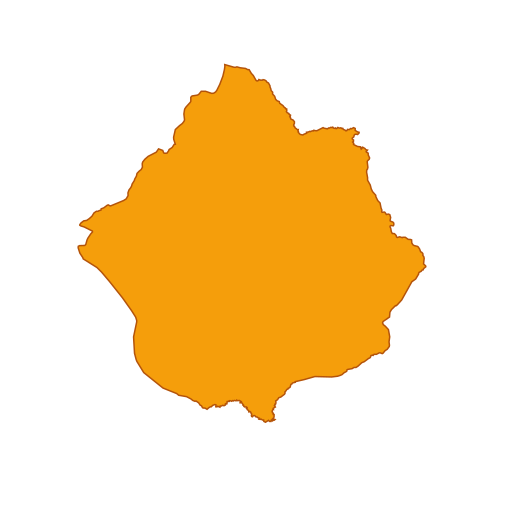 outline of Phnum Sruoch, Kâmpóng Spœ, Cambodia, rotated 36°
{"feature_id": "14789045B53817088331996", "entity_name": "Phnum Sruoch", "entity_type": "district", "adm_level": 2, "iso_a3": "KHM", "parent_name": "Cambodia", "parent_adm1": "Kâmpóng Spœ", "projection": "albers", "projection_center": [104.255, 11.311], "detail": "fine", "context": "isolated", "style": "filled", "palette": "amber", "viewbox_px": 512, "rotation_deg": 36, "n_neighbors": 0, "source": "geoboundaries", "source_scale": "gbopen_adm2", "svg_char_len": 6147}
<svg xmlns="http://www.w3.org/2000/svg" viewBox="0 0 512 512"><g transform="rotate(36 256 256)"><path d="M416.4,249.7L414.1,247.3L411.7,242.8L406.4,237.7L401.9,236.8L399.3,236.7L397.7,235.7L397.3,234.3L399.9,226.9L397.4,222.8L397.1,219.7L398.0,214.2L398.5,214.1L399.0,212.5L399.7,205.9L397.2,185.2L398.7,180.8L398.2,175.1L397.7,174.4L397.6,173.3L398.6,171.4L398.7,169.6L399.4,168.9L399.0,167.7L399.7,164.9L399.1,164.3L396.2,163.9L393.4,159.0L392.1,157.9L390.5,157.4L390.1,156.5L389.4,155.9L387.9,155.6L386.7,155.8L384.1,154.1L381.8,153.3L381.0,153.3L377.8,154.6L376.5,154.7L374.4,153.9L372.4,151.5L371.3,151.8L369.3,153.1L365.8,153.1L363.8,154.5L363.5,155.2L361.0,156.0L359.4,158.0L358.5,158.0L357.4,157.1L356.1,156.7L354.7,156.6L353.0,157.7L351.1,156.7L348.7,154.4L347.2,153.6L346.9,152.9L347.3,152.0L349.3,150.9L349.2,149.8L348.1,148.4L346.8,148.1L344.2,148.8L343.5,148.3L342.3,145.7L339.9,143.9L338.4,144.3L337.1,145.8L334.7,144.9L334.0,145.0L332.3,146.6L331.4,146.0L330.9,144.9L329.0,143.7L325.2,140.2L321.9,139.6L318.0,137.5L317.2,136.5L312.4,135.4L309.7,133.9L306.7,131.4L301.7,129.1L300.2,127.0L296.2,123.2L295.0,121.2L295.1,120.2L294.4,118.5L290.5,114.3L290.3,113.4L290.7,111.2L290.3,109.9L287.4,108.3L286.4,107.0L286.0,106.8L284.4,107.1L283.8,106.8L283.9,104.8L282.5,105.4L280.9,105.0L278.2,105.3L277.9,105.7L278.5,106.7L278.3,107.7L276.2,106.3L273.8,107.7L269.8,108.4L269.2,108.3L268.9,107.4L267.2,107.0L267.5,106.0L266.7,104.8L265.5,104.9L264.8,104.5L264.6,103.9L265.1,102.2L264.4,100.5L264.5,99.6L265.4,98.6L266.8,98.0L267.1,96.0L266.7,95.3L265.2,95.9L262.4,96.1L261.3,94.5L259.5,94.8L258.5,96.9L257.6,97.2L257.1,99.0L255.6,99.8L255.8,101.1L255.2,101.9L254.2,101.8L252.1,102.3L251.3,101.7L250.5,102.1L250.3,102.5L249.3,102.4L248.3,103.5L246.6,103.9L246.4,105.3L245.9,105.9L245.0,105.7L244.6,106.5L243.4,107.0L242.7,106.6L242.1,106.8L241.9,107.5L240.9,107.9L240.0,109.6L239.4,109.8L239.1,111.1L235.9,112.6L234.8,112.7L231.6,118.9L229.9,120.0L228.9,120.2L228.8,121.2L228.0,121.6L226.8,123.5L226.3,123.5L225.4,125.0L224.1,126.2L224.8,126.9L223.2,129.3L222.8,130.5L220.7,131.5L219.5,131.6L217.2,130.9L217.1,130.3L216.4,130.1L215.9,129.0L215.6,129.4L212.1,129.3L211.6,128.8L210.5,128.7L209.9,128.4L209.8,127.8L209.2,127.4L209.2,126.3L208.2,124.8L206.2,124.2L203.5,124.7L202.6,123.8L201.6,123.5L201.8,123.1L201.0,122.4L201.1,121.8L199.1,121.8L198.8,121.4L196.9,121.7L195.7,121.3L195.6,120.5L194.4,119.0L193.4,119.5L192.8,119.0L191.5,119.1L189.5,118.5L185.4,118.5L184.0,117.4L182.0,118.0L179.8,117.7L177.2,115.8L174.2,115.2L173.2,113.7L171.1,113.3L169.4,111.8L168.1,111.1L167.3,110.1L164.4,108.7L162.5,108.9L161.3,108.4L159.6,108.5L158.0,109.2L157.9,109.9L157.2,110.5L156.5,110.7L156.1,111.3L154.6,111.5L154.7,112.8L154.0,113.8L152.8,113.9L147.8,111.6L144.9,111.0L140.9,109.3L139.7,110.1L137.3,110.4L132.6,113.0L129.4,114.2L128.4,115.5L127.3,116.2L118.2,119.5L119.3,120.8L120.9,123.8L123.5,130.0L125.8,138.4L126.9,144.9L126.9,147.0L126.0,149.3L124.5,150.5L118.4,152.4L114.9,154.9L114.7,158.7L114.1,160.2L110.4,163.9L110.0,164.7L110.0,166.0L112.3,169.1L112.5,170.2L111.8,176.5L111.9,178.8L112.4,180.1L114.2,183.5L118.2,187.9L118.6,189.4L118.5,192.2L117.5,195.5L116.4,201.1L119.5,208.3L120.8,209.9L125.0,213.0L124.2,213.8L124.4,217.5L123.1,220.9L123.5,222.5L123.5,225.2L121.5,226.7L120.6,226.8L118.5,225.4L114.2,226.6L114.3,230.6L110.2,238.7L109.2,243.1L109.1,246.6L109.7,248.2L111.9,250.9L112.3,253.5L111.6,256.0L111.2,259.1L112.3,261.7L112.7,265.2L113.2,266.3L113.5,270.6L114.2,272.4L114.5,274.5L114.4,277.2L115.3,280.2L117.0,282.3L117.4,286.1L116.3,288.9L109.2,300.5L108.6,301.2L106.4,301.5L105.8,302.4L104.5,306.6L103.0,308.8L103.6,310.1L102.4,311.5L102.0,312.6L100.6,313.6L99.6,316.4L99.9,320.2L99.1,323.9L98.1,326.7L96.0,328.8L95.0,332.0L95.0,334.1L95.4,334.7L96.7,334.6L99.9,333.5L109.0,332.0L109.6,332.7L109.3,335.2L109.5,340.4L109.9,342.4L111.5,346.7L111.3,348.1L107.2,351.3L106.5,352.6L107.3,353.9L111.8,357.2L116.8,359.1L117.9,359.9L134.1,358.8L140.5,359.8L152.3,362.7L172.5,368.3L187.6,373.4L194.6,376.2L197.4,378.3L198.2,379.4L204.5,393.4L214.9,406.1L219.9,410.2L221.6,411.3L233.7,416.3L258.4,417.5L272.7,413.9L275.3,414.1L282.5,410.6L287.2,409.9L289.8,410.0L292.1,409.4L292.7,408.6L295.9,408.5L298.6,409.5L299.9,409.2L301.7,410.1L302.5,410.1L304.2,409.0L306.5,408.8L307.1,406.2L307.8,404.7L308.4,404.4L308.8,402.2L310.1,400.3L311.2,400.0L312.1,401.6L313.1,401.0L313.3,400.1L315.7,399.5L315.2,398.4L316.1,397.8L316.9,396.3L318.1,396.0L318.8,394.6L318.8,394.0L318.2,393.8L318.3,393.2L319.3,392.6L318.2,390.7L319.8,389.4L319.4,388.9L319.9,388.3L321.6,387.9L322.1,386.7L322.8,386.7L323.3,385.6L324.9,384.9L325.4,384.3L325.2,383.9L326.3,383.8L327.3,382.7L329.4,382.5L329.0,383.5L329.4,384.1L330.8,383.1L332.8,383.8L333.1,384.3L333.6,384.0L334.6,384.8L335.8,384.7L336.8,383.8L337.8,383.8L337.8,384.8L338.6,384.7L339.1,385.4L340.7,385.4L342.0,386.3L342.4,385.4L343.4,385.4L344.6,386.2L345.5,386.4L345.9,387.6L346.8,388.4L347.7,388.1L347.6,387.1L348.3,386.1L349.2,385.9L350.5,386.2L351.6,385.6L352.8,385.7L354.0,385.3L354.2,386.3L355.5,385.7L355.8,385.0L357.7,384.9L358.6,384.2L359.6,385.2L361.4,384.9L362.7,381.6L364.2,381.9L365.4,381.0L364.8,379.8L365.3,379.1L366.3,379.6L366.6,378.6L367.3,378.1L367.5,377.1L365.2,377.9L365.4,376.4L365.2,375.6L363.8,373.6L363.1,374.0L362.4,373.1L361.4,373.1L361.3,372.7L360.3,372.2L359.8,370.1L360.3,369.9L359.5,369.1L360.4,366.8L359.0,366.4L359.2,365.9L358.4,364.9L358.8,364.6L358.9,364.0L358.0,362.5L357.1,361.7L357.9,359.6L357.7,357.3L359.0,355.5L360.3,351.1L360.2,350.1L359.3,349.0L359.5,348.5L359.4,345.8L360.1,344.7L359.8,344.1L360.4,343.2L360.7,342.0L359.7,339.4L360.3,338.3L360.1,337.7L360.3,337.1L362.0,335.1L361.6,334.6L367.6,327.7L374.5,318.9L388.3,309.4L392.7,305.3L394.3,303.1L395.3,301.4L395.9,298.6L396.9,296.6L397.1,295.7L396.5,294.7L396.9,293.8L400.0,290.6L400.8,288.6L402.4,287.4L403.3,285.1L404.3,280.1L405.7,277.9L407.3,272.7L408.0,271.5L408.1,270.7L407.5,269.0L408.2,268.3L408.3,267.8L409.2,267.6L409.3,266.1L411.2,264.8L412.6,262.0L413.2,261.4L415.5,260.8L415.9,260.0L416.1,256.6L417.0,254.4L417.0,250.9L416.4,249.7Z" fill="#f59e0b" stroke="#b45309" stroke-width="1.5"/></g></svg>